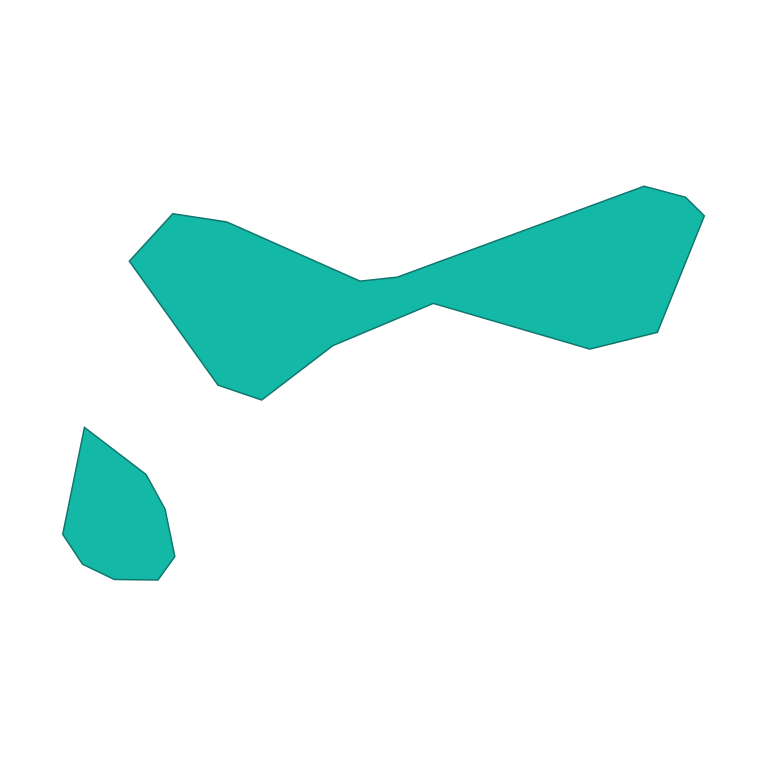 SVG path tracing the border of Saint Pierre and Miquelon, rotated 87°
{"feature_id": "SPM", "entity_name": "Saint Pierre and Miquelon", "entity_type": "country or territory", "adm_level": 0, "iso_a3": "SPM", "parent_name": "North America", "parent_adm1": "", "projection": "equal_earth", "projection_center": [-56.267, 46.926], "detail": "fine", "context": "isolated", "style": "filled", "palette": "teal", "viewbox_px": 768, "rotation_deg": 87, "n_neighbors": 0, "source": "natural_earth", "source_scale": "50m", "svg_char_len": 457}
<svg xmlns="http://www.w3.org/2000/svg" viewBox="0 0 768 768"><g transform="rotate(87 384 384)"><path d="M376.5,549.8L248.0,631.9L202.9,586.0L214.0,532.4L280.0,402.6L278.0,365.2L200.1,114.0L213.3,73.1L232.9,55.3L346.7,108.3L359.9,176.6L306.1,330.6L343.0,433.1L393.6,507.0L376.5,549.8ZM548.2,694.5L517.3,712.7L411.7,685.4L462.0,626.3L497.5,609.2L545.4,601.9L567.9,620.0L565.1,663.6L548.2,694.5Z" fill="#14b8a6" stroke="#0f766e" stroke-width="1.5"/></g></svg>